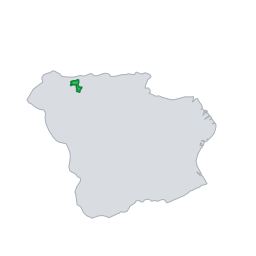 Askira Uba, Borno, Nigeria (highlighted), rotated 243°
{"feature_id": "59680162B18672795330723", "entity_name": "Askira Uba", "entity_type": "district", "adm_level": 2, "iso_a3": "NGA", "parent_name": "Nigeria", "parent_adm1": "Borno", "projection": "natural_earth1", "projection_center": [12.927, 10.69], "detail": "fine", "context": "in_parent", "style": "filled", "palette": "green", "viewbox_px": 256, "rotation_deg": 243, "n_neighbors": 0, "source": "geoboundaries", "source_scale": "gbopen_adm2", "svg_char_len": 5503}
<svg xmlns="http://www.w3.org/2000/svg" viewBox="0 0 256 256"><g transform="rotate(243 128 128)"><path d="M199.0,50.8L205.6,61.3L207.0,69.0L207.5,72.9L208.6,73.3L210.6,73.5L212.1,74.3L213.0,75.6L213.6,76.7L213.7,77.4L213.2,82.1L212.7,83.8L213.0,86.1L212.9,87.1L212.7,87.7L211.8,88.5L210.6,89.3L207.6,91.5L206.8,91.8L205.5,91.9L204.4,92.4L203.2,93.6L200.4,98.1L198.1,102.5L196.3,109.8L194.3,112.0L193.9,114.0L193.6,118.5L193.2,119.9L192.9,120.3L190.7,121.2L189.4,122.2L188.6,124.2L187.6,131.2L187.3,132.3L186.5,133.5L185.4,134.8L184.4,135.6L181.8,136.0L179.4,141.3L179.4,142.2L178.3,146.9L176.4,150.5L176.3,152.8L173.9,156.0L172.7,158.1L173.9,160.3L174.0,160.7L170.0,164.5L169.8,165.1L169.6,167.7L169.3,168.4L168.5,169.3L167.4,170.4L166.3,171.2L165.1,171.8L163.9,172.0L163.2,171.7L162.8,170.9L162.1,167.7L161.8,167.0L161.0,166.4L157.9,162.8L156.0,161.6L155.6,161.7L155.3,162.0L154.8,163.8L154.2,164.4L153.2,164.7L151.5,164.7L150.3,164.4L150.0,164.1L149.4,162.7L145.5,165.9L144.1,166.6L142.4,170.4L140.0,172.3L138.3,174.0L133.8,179.1L132.9,180.7L132.0,182.9L130.0,192.7L126.9,198.7L126.5,200.0L126.3,200.0L125.9,200.5L124.7,200.2L124.2,199.1L123.4,198.9L122.1,197.2L121.9,197.5L123.2,201.7L122.7,203.3L118.9,203.4L115.6,203.9L113.4,203.9L112.2,203.3L111.7,201.7L111.5,201.9L111.4,202.7L110.7,203.4L108.2,203.5L107.1,202.4L106.2,201.2L105.2,200.7L105.4,201.2L106.5,202.4L106.3,204.0L104.3,206.0L103.0,206.1L102.2,205.3L101.8,203.9L101.6,201.9L101.1,200.5L100.8,200.5L101.1,202.7L101.1,204.8L102.1,206.4L100.6,206.9L98.8,206.9L98.6,206.4L98.4,205.0L98.1,204.7L97.7,206.9L94.0,207.6L93.5,207.5L93.4,207.0L93.7,206.4L93.6,205.4L92.8,206.2L92.7,207.7L92.2,208.0L90.8,207.8L89.3,207.0L86.8,205.0L83.8,201.8L83.3,200.4L82.4,198.6L80.9,193.8L81.2,193.6L81.9,193.9L82.2,193.4L81.0,193.1L80.7,192.7L80.6,191.6L80.7,190.3L82.6,189.7L83.0,188.9L83.3,188.1L80.9,189.3L78.7,187.9L78.3,187.1L78.5,186.4L81.1,186.4L82.0,185.8L81.4,185.6L80.4,185.6L80.1,185.2L80.1,184.2L79.8,184.4L79.4,185.3L77.9,185.9L77.0,185.3L76.9,183.8L76.7,183.2L76.0,182.7L73.4,178.9L70.2,175.7L67.3,173.5L62.9,172.4L53.7,172.5L53.2,172.2L53.8,171.7L54.6,171.3L57.5,169.6L57.0,169.3L54.0,170.4L52.9,170.6L51.5,172.7L42.5,173.1L42.5,172.2L42.9,169.4L43.5,167.4L42.9,165.1L42.8,163.0L43.1,162.3L43.3,161.5L43.2,156.1L43.7,155.2L43.7,154.7L42.8,152.4L42.8,150.6L42.6,148.9L42.3,148.1L42.8,141.4L42.6,139.8L42.9,138.6L43.1,135.7L43.1,132.9L43.8,128.5L47.6,127.9L48.6,126.2L49.1,124.0L49.0,121.8L50.2,119.9L51.8,118.2L51.7,116.3L52.2,115.7L52.9,115.3L53.9,115.1L55.1,114.2L55.7,112.5L56.4,110.0L55.4,108.1L55.4,107.7L55.8,106.8L56.4,105.8L56.9,105.5L58.0,105.7L58.4,105.4L59.1,102.5L59.1,101.7L58.0,99.8L57.5,94.6L57.2,93.9L56.4,93.0L54.3,89.4L54.3,87.6L55.3,85.4L55.9,84.3L56.7,83.7L56.9,83.2L56.6,82.6L56.2,82.1L56.1,81.1L56.5,79.8L56.4,78.2L56.7,70.4L58.5,68.9L61.1,66.3L62.4,63.7L63.1,61.6L64.0,54.9L65.4,54.2L68.0,51.8L71.4,50.3L73.7,49.9L77.7,50.2L79.7,49.9L81.4,48.6L82.2,48.2L83.3,48.0L93.1,51.5L94.0,51.3L94.8,51.6L96.0,52.5L98.9,55.7L101.9,60.8L102.8,61.9L103.8,62.4L104.8,62.6L105.5,62.6L106.2,62.1L107.2,61.1L108.6,60.7L109.8,60.8L116.0,56.9L116.6,56.9L120.4,57.7L125.5,61.6L129.7,64.1L132.6,65.0L136.1,65.6L142.0,65.7L146.5,60.3L148.2,59.1L150.2,58.1L154.4,57.1L161.3,56.4L167.7,56.7L171.7,57.6L176.0,59.4L177.8,61.1L180.7,61.3L182.7,61.0L183.4,59.3L185.5,57.1L188.6,55.1L191.1,53.7L193.2,53.0L195.0,51.4L196.5,50.9L199.0,50.8ZM108.4,205.7L107.0,206.2L106.1,206.0L107.4,203.8L108.0,204.3L108.8,204.5L108.4,205.7Z" fill="#d9dde1" stroke="#a8b0b8" stroke-width="1"/><path d="M191.6,96.9L191.7,98.2L191.7,98.6L191.4,98.9L191.2,99.0L191.0,99.5L190.9,99.7L190.8,99.9L190.7,100.1L190.4,100.5L190.3,100.8L190.3,101.0L190.3,101.4L190.0,101.4L189.9,101.5L189.6,101.6L189.4,101.5L189.3,101.3L189.4,101.2L189.2,101.1L189.0,100.9L188.8,100.9L188.4,100.8L188.1,100.7L187.9,100.6L187.5,100.5L187.4,100.5L186.8,100.6L186.6,100.6L186.5,100.4L186.3,100.3L186.0,100.1L185.6,99.6L185.4,99.8L184.5,100.0L184.2,99.6L183.9,99.1L183.5,99.7L183.3,99.8L182.6,100.3L182.3,100.5L182.2,100.6L182.1,100.9L181.9,101.2L182.1,101.4L182.2,101.5L182.3,101.7L182.4,101.8L182.7,102.0L183.0,102.1L183.3,102.1L183.5,102.2L183.7,102.6L183.7,102.8L183.8,102.8L184.0,103.1L184.1,103.5L184.2,103.8L184.3,103.8L184.3,104.0L184.4,104.3L184.5,104.3L184.6,104.5L184.7,104.8L184.7,105.0L184.8,105.1L185.0,105.2L185.1,105.3L185.4,105.3L185.5,105.2L185.6,104.9L185.7,104.7L185.8,104.5L185.8,104.4L186.0,104.1L186.1,103.9L186.1,103.7L186.3,103.5L186.3,103.4L186.5,103.2L187.0,102.9L187.1,103.0L187.4,103.0L187.5,103.0L187.8,103.0L188.0,103.0L188.4,103.0L188.6,103.1L188.8,103.1L189.0,103.2L189.2,103.3L189.4,103.3L189.5,103.3L189.8,103.5L190.0,103.6L190.3,103.8L190.5,104.0L190.6,104.4L190.7,104.5L190.8,104.6L191.0,104.7L191.0,104.8L191.3,105.0L191.5,105.0L191.8,105.1L192.0,105.2L192.2,105.3L192.4,105.4L192.5,105.4L192.6,105.5L192.8,105.6L193.0,105.7L193.1,105.8L193.4,105.7L193.5,105.5L193.5,105.4L193.4,105.3L193.4,105.2L193.5,105.2L193.7,104.9L193.8,104.9L193.8,104.7L193.9,104.2L194.0,104.1L194.0,103.9L194.0,103.7L193.9,103.5L193.8,103.4L193.7,103.3L193.7,103.2L193.7,102.8L193.8,102.6L194.1,102.4L194.2,102.2L194.3,101.9L194.4,101.7L194.5,101.5L194.5,101.4L194.6,101.2L194.8,101.0L194.8,100.9L194.9,100.7L195.0,100.3L195.0,100.2L195.1,99.9L195.1,99.7L195.2,99.3L195.2,99.1L195.2,98.8L195.2,98.7L195.2,98.4L195.2,98.2L194.9,98.2L194.5,98.0L194.3,97.8L193.8,97.6L193.4,98.3L192.6,98.3L192.7,96.6L191.8,96.4L191.6,96.9Z" fill="#22c55e" stroke="#15803d" stroke-width="1.5"/></g></svg>